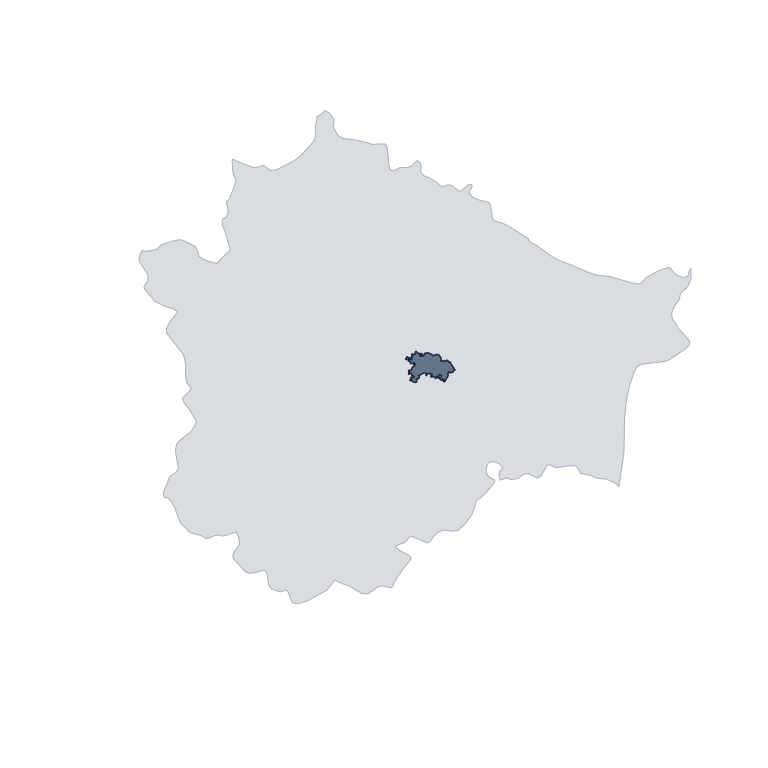 location of Uzda, Minsk, Belarus, rotated 200°
{"feature_id": "67162791B57084664446232", "entity_name": "Uzda", "entity_type": "district", "adm_level": 2, "iso_a3": "BLR", "parent_name": "Belarus", "parent_adm1": "Minsk", "projection": "mercator", "projection_center": [27.363, 53.476], "detail": "fine", "context": "in_parent", "style": "filled", "palette": "slate", "viewbox_px": 768, "rotation_deg": 200, "n_neighbors": 0, "source": "geoboundaries", "source_scale": "gbopen_adm2", "svg_char_len": 9701}
<svg xmlns="http://www.w3.org/2000/svg" viewBox="0 0 768 768"><g transform="rotate(200 384 384)"><path d="M603.1,543.4L592.2,542.8L579.2,543.0L571.8,548.2L563.9,545.7L558.2,548.6L545.3,562.6L540.3,570.1L535.5,581.7L532.6,590.3L534.1,596.3L536.5,601.8L537.1,607.8L538.3,612.5L535.1,615.9L533.2,620.8L527.8,619.9L521.1,615.2L519.7,608.4L514.6,603.7L511.2,601.2L505.6,600.8L496.8,603.1L485.1,604.8L476.4,605.2L471.6,607.6L464.5,610.0L461.8,607.2L457.9,599.5L454.6,591.8L452.4,588.4L450.5,587.4L448.1,587.6L445.4,590.1L443.4,592.6L436.0,595.5L432.8,598.2L429.2,605.3L426.9,604.8L424.4,603.2L421.6,595.3L417.8,593.4L411.6,593.3L404.0,591.6L397.8,589.2L395.6,589.8L391.9,593.2L387.9,593.7L379.2,590.7L377.5,592.0L372.5,600.8L370.1,601.2L368.7,600.1L369.5,592.5L364.4,589.8L355.9,589.4L349.9,590.5L346.9,590.2L345.4,588.7L338.1,575.9L334.2,575.1L327.2,575.7L316.9,574.2L305.1,571.3L298.6,570.2L295.2,567.3L287.9,566.4L268.3,560.9L260.3,560.0L248.5,559.9L230.6,558.7L219.1,559.3L213.7,561.1L207.6,562.3L186.3,563.7L178.6,565.2L176.4,567.9L173.9,573.8L165.2,584.0L156.6,590.8L155.1,591.3L150.1,587.8L145.9,586.5L141.1,586.1L137.6,587.3L135.4,589.0L135.7,596.8L135.2,597.5L131.5,588.2L131.8,579.8L133.9,574.9L136.4,570.6L135.4,564.1L137.9,555.4L137.9,549.1L136.9,546.4L134.8,543.3L129.3,539.8L126.8,537.0L119.3,533.4L111.8,528.9L110.6,526.1L110.9,524.2L112.2,521.3L117.9,512.8L124.1,504.5L128.0,501.2L149.0,490.5L152.2,486.8L153.0,480.5L152.7,467.7L151.4,456.0L149.8,448.0L145.8,432.8L134.9,401.1L128.3,368.1L132.6,370.0L142.6,370.8L150.6,368.5L154.7,368.2L158.4,368.9L168.9,367.1L171.5,370.0L176.1,372.7L185.3,368.9L193.5,364.2L201.9,364.7L203.1,362.4L205.2,350.6L207.8,348.0L217.9,349.2L221.6,347.1L225.5,341.3L231.5,337.6L236.5,337.6L241.7,333.6L244.2,336.3L245.5,341.2L243.8,345.1L244.5,346.6L248.1,348.6L254.3,348.5L258.2,346.9L259.1,344.7L259.1,340.6L258.1,336.8L255.5,333.5L250.6,331.9L247.2,331.8L246.6,329.7L247.8,325.3L250.8,317.1L254.5,309.6L256.8,306.8L257.2,304.2L256.8,299.7L256.7,291.6L260.0,280.1L264.5,271.5L270.5,268.7L277.9,267.2L282.6,263.1L285.0,258.4L287.0,251.0L289.3,249.5L307.1,250.4L309.8,243.0L311.3,240.9L314.7,238.7L317.1,236.1L316.2,234.0L311.7,232.7L301.0,231.5L298.8,229.1L299.5,226.1L302.4,218.4L305.1,208.4L306.5,200.7L306.6,196.2L308.2,194.9L316.9,193.5L319.8,191.9L327.2,181.3L332.9,179.5L347.7,182.3L354.4,182.1L363.0,182.8L363.7,181.7L366.8,171.2L381.3,154.4L389.1,148.5L394.0,147.2L395.8,147.5L403.6,156.5L405.4,156.8L410.6,153.1L419.6,152.8L423.8,155.9L429.8,166.8L432.9,168.1L441.6,162.0L446.5,160.0L449.7,160.0L466.1,168.5L467.4,171.2L467.5,174.4L464.9,184.3L468.3,190.3L472.3,194.4L480.8,187.6L483.9,185.7L487.3,185.7L491.9,183.2L495.2,179.4L498.4,178.0L504.4,178.9L515.4,178.0L528.2,184.0L529.3,185.8L535.6,192.8L537.9,196.3L540.0,197.4L543.4,200.8L547.9,202.9L551.1,202.3L552.6,203.4L554.0,206.1L554.1,210.6L553.6,223.5L549.1,230.3L548.5,232.7L548.7,235.5L552.3,241.1L557.0,249.7L558.1,254.7L558.1,258.4L551.7,269.4L549.6,272.0L548.1,277.3L547.4,282.8L547.8,285.1L558.4,293.8L566.3,298.5L568.1,300.8L568.2,302.2L564.0,311.5L563.6,314.0L569.9,317.8L573.4,323.8L576.5,333.7L582.5,343.1L604.8,356.8L606.7,359.2L607.4,362.2L606.7,368.6L602.6,380.7L606.4,382.5L616.2,382.0L628.2,383.5L642.5,392.1L642.6,395.9L641.1,399.4L642.1,403.1L643.6,406.2L656.0,415.7L657.2,418.5L657.4,423.1L657.1,426.5L653.7,427.2L649.8,428.8L643.6,432.8L641.1,438.5L631.1,446.4L624.8,450.0L619.9,450.1L608.1,448.5L603.9,444.6L602.2,441.1L597.7,439.5L591.6,439.3L583.3,439.9L581.6,441.0L580.2,445.4L576.7,452.8L574.2,457.1L584.7,471.8L590.0,477.8L591.7,481.5L591.7,484.2L589.1,487.3L589.5,493.5L594.7,501.7L592.9,503.0L592.4,513.0L592.5,523.7L593.8,526.3L596.6,528.4L598.9,532.3L602.8,541.1L603.1,543.4Z" fill="#d9dde1" stroke="#a8b0b8" stroke-width="1"/><path d="M327.4,407.4L327.5,408.0L327.4,408.7L327.3,410.4L327.3,410.8L327.0,411.2L326.8,411.8L326.7,412.5L326.6,413.5L326.6,414.1L326.8,414.6L327.2,415.0L327.6,415.5L327.7,415.8L327.5,416.2L327.3,416.5L327.3,416.9L327.4,417.3L327.0,417.6L326.4,417.5L326.1,417.3L325.8,417.2L325.3,417.2L324.8,417.4L324.6,417.7L324.5,418.0L324.2,418.3L323.6,418.6L323.2,419.1L323.1,419.6L323.1,419.9L322.9,420.5L322.7,420.7L322.4,420.9L322.2,421.1L322.1,421.4L322.4,421.8L323.3,422.0L323.6,422.2L323.8,422.4L323.9,422.9L324.3,423.1L324.7,423.5L325.1,423.7L327.5,425.6L328.0,426.0L328.8,426.8L329.1,427.0L329.6,427.3L329.8,427.2L330.0,427.0L330.2,426.7L330.4,426.6L330.6,426.6L330.9,426.7L331.1,426.9L331.3,427.2L331.5,427.4L331.8,427.8L331.9,428.0L332.2,428.0L332.4,428.0L333.2,427.7L333.4,427.5L333.6,427.3L333.8,427.0L334.0,426.7L334.2,426.3L334.4,426.1L334.6,426.0L334.9,426.0L335.2,426.1L335.5,426.3L335.8,426.4L336.1,426.4L336.3,426.1L336.5,425.7L336.8,425.5L337.3,425.5L337.6,425.4L337.8,425.2L338.3,425.0L338.5,425.1L338.8,425.3L338.8,425.9L338.7,426.3L338.8,426.8L338.8,427.2L339.1,427.5L339.4,427.9L340.4,428.7L341.2,429.4L342.0,430.0L342.8,430.1L343.3,430.1L343.7,430.0L344.1,429.8L344.7,429.7L345.1,429.6L346.0,429.0L346.3,428.6L346.6,428.2L346.8,427.8L347.0,427.5L347.4,427.3L347.8,427.4L348.4,427.7L348.7,428.0L349.5,428.2L351.3,428.4L352.5,428.3L353.5,428.2L354.0,428.3L354.3,427.8L354.6,427.5L355.1,427.3L356.1,426.9L356.3,426.6L356.3,426.3L356.3,426.0L356.2,425.8L356.0,425.6L355.9,425.2L356.0,425.0L356.4,424.7L356.6,424.5L356.7,424.0L356.8,423.7L357.0,423.4L357.6,423.5L357.8,423.7L358.0,424.1L358.1,424.5L358.2,425.0L358.6,425.3L359.1,425.5L359.4,425.4L359.6,425.2L359.8,424.9L359.8,424.5L359.6,424.3L359.3,423.8L359.1,423.5L358.8,423.1L358.7,422.8L359.1,422.5L359.3,422.4L359.7,422.6L360.2,423.2L360.4,423.6L360.5,423.9L360.8,424.2L360.9,424.6L361.2,424.9L361.7,424.9L361.9,424.8L362.1,424.6L362.5,424.4L362.9,424.6L363.8,425.0L364.1,425.2L364.4,425.6L365.1,425.6L365.3,425.3L365.5,425.0L365.6,424.5L365.5,424.2L365.4,423.8L365.3,423.3L365.2,422.8L365.2,422.4L365.5,422.0L365.8,421.8L366.4,422.0L366.7,422.0L367.1,422.0L367.6,422.0L367.8,421.9L368.1,421.6L368.2,421.2L368.0,420.9L367.8,420.7L366.6,420.3L366.4,420.0L366.4,419.6L366.6,419.5L367.0,419.4L367.3,419.2L367.5,418.7L367.5,418.3L367.4,418.0L367.2,417.8L366.9,417.6L366.6,417.5L366.4,417.2L366.3,416.9L366.3,416.6L366.8,416.2L367.2,416.0L367.4,415.9L367.6,415.9L367.9,416.0L368.1,416.0L368.2,416.5L368.1,416.8L368.1,417.1L368.3,417.3L368.6,417.4L369.0,417.3L369.4,417.2L369.8,417.1L370.2,417.2L370.8,417.4L371.2,417.5L371.6,417.4L371.8,417.2L371.9,416.7L372.0,416.3L372.0,415.9L372.1,415.6L372.2,415.4L372.1,414.9L371.9,414.7L371.4,414.7L371.0,414.7L370.6,414.8L370.3,414.9L370.1,415.2L370.0,415.3L369.8,415.5L369.6,415.7L369.2,415.6L368.8,415.3L368.8,415.0L369.0,414.3L368.8,413.9L368.4,413.8L368.0,414.0L367.7,414.1L367.1,414.0L366.9,413.7L366.8,413.3L366.7,413.0L366.5,412.7L365.9,412.4L365.5,412.4L365.0,412.7L364.9,412.8L364.4,413.1L364.1,413.4L363.7,413.8L363.4,414.1L363.0,414.2L362.7,414.3L362.4,414.1L362.4,413.8L362.6,413.4L362.9,413.2L363.0,412.7L362.9,412.4L362.7,412.4L362.0,412.7L361.8,412.9L361.6,413.0L361.4,413.0L361.3,412.8L361.2,412.6L361.4,412.3L361.6,412.0L361.8,411.4L362.2,410.7L362.7,410.0L363.0,409.6L363.1,409.1L363.1,408.5L363.1,407.6L363.2,407.2L363.4,406.4L363.9,405.8L364.4,405.7L364.7,405.7L365.2,405.5L365.4,405.3L365.5,405.0L365.3,404.7L364.9,404.5L364.7,404.5L364.2,404.3L364.2,404.2L364.8,403.6L364.8,403.3L364.7,403.1L364.3,403.0L364.1,402.9L364.1,402.7L364.2,402.3L364.2,402.1L364.1,401.9L364.0,401.7L363.8,401.7L363.3,401.8L363.2,402.0L363.1,402.3L363.0,402.7L362.9,402.9L362.8,403.1L362.7,403.3L362.4,403.4L362.2,403.4L361.8,403.1L361.5,402.8L361.2,402.5L361.0,402.2L360.9,401.9L360.7,401.6L360.4,401.5L360.0,401.5L359.6,401.7L359.3,401.8L359.0,401.7L358.6,401.6L358.3,401.3L358.1,401.0L358.1,400.3L358.4,400.1L358.7,400.0L358.9,400.1L359.0,400.2L359.7,400.2L359.9,400.2L360.3,400.0L360.5,399.9L360.9,399.3L361.1,399.1L361.0,398.6L360.8,398.4L360.4,398.2L360.0,398.0L359.8,397.7L359.8,397.3L360.1,397.1L360.6,397.1L360.8,397.0L361.0,396.8L361.0,396.6L360.8,396.3L360.3,396.2L359.2,396.5L358.3,396.5L358.0,396.4L357.9,396.1L357.5,396.1L357.1,396.0L356.2,395.9L355.6,396.0L354.9,396.3L354.5,396.6L354.2,396.8L354.1,397.4L354.2,397.7L354.4,398.1L354.6,398.5L354.6,398.8L354.9,399.0L355.1,399.5L355.2,399.9L355.0,400.1L354.7,400.2L354.3,400.3L354.0,400.3L353.6,400.6L353.3,401.0L353.1,401.4L353.1,401.7L353.2,402.2L353.2,402.6L353.3,402.9L353.5,403.0L354.0,403.0L354.3,403.3L354.3,403.6L354.1,404.0L354.0,404.3L353.3,404.6L353.0,404.9L352.7,405.3L352.3,405.7L352.0,406.3L351.5,406.9L351.2,407.2L350.7,407.7L349.9,408.2L349.2,408.4L348.6,408.6L348.3,408.6L348.0,408.5L347.8,408.2L347.7,407.5L347.7,407.1L347.7,406.6L347.5,406.4L347.2,406.4L346.9,406.9L346.8,407.3L346.7,407.9L346.6,408.8L346.4,409.0L345.6,409.1L344.9,409.1L344.5,409.0L343.8,409.2L343.6,409.4L343.2,409.8L342.9,409.9L342.6,409.8L342.2,409.5L341.9,409.2L341.8,408.8L342.0,408.4L342.2,408.2L342.5,408.0L342.8,407.7L342.8,407.3L342.6,407.0L342.2,406.8L341.8,406.8L341.5,406.9L341.1,407.2L340.7,407.5L340.3,407.6L339.9,407.7L339.2,407.7L338.7,407.6L338.2,407.4L338.0,407.1L337.6,406.9L337.2,406.9L337.0,407.3L337.0,407.7L337.0,408.2L337.3,408.6L337.2,408.9L336.9,409.3L336.7,409.4L336.2,409.4L335.9,409.3L335.6,408.8L335.5,408.5L335.1,408.1L334.8,408.1L334.4,408.3L334.4,408.8L334.5,409.3L335.4,410.6L335.5,411.3L335.1,411.6L334.5,411.7L333.9,411.7L333.0,411.6L332.6,411.4L332.5,411.1L332.6,410.5L333.2,409.5L333.3,409.2L333.3,408.6L333.2,408.0L333.0,407.6L332.2,407.2L331.9,407.2L331.8,407.6L331.3,408.1L330.9,408.5L330.7,408.4L330.5,407.9L330.3,407.4L330.0,407.3L329.8,407.4L329.8,408.1L329.8,408.5L329.4,408.7L329.0,408.2L328.9,407.7L328.8,407.2L328.6,406.7L328.4,406.6L328.0,406.8L327.7,407.1L327.5,407.3L327.4,407.4Z" fill="#64748b" stroke="#1e293b" stroke-width="1.5"/></g></svg>